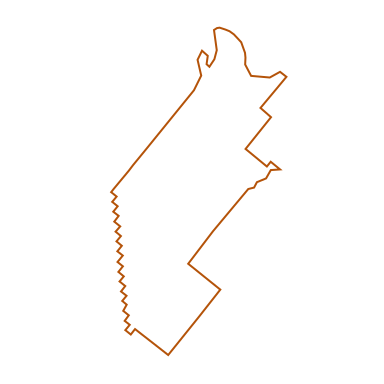 the district of Perry, Arkansas, United States of America, rotated 308°
{"feature_id": "52423323B97917914395582", "entity_name": "Perry", "entity_type": "district", "adm_level": 2, "iso_a3": "USA", "parent_name": "United States of America", "parent_adm1": "Arkansas", "projection": "orthographic", "projection_center": [-92.912, 34.944], "detail": "fine", "context": "isolated", "style": "outline", "palette": "amber", "viewbox_px": 384, "rotation_deg": 308, "n_neighbors": 0, "source": "geoboundaries", "source_scale": "gbopen_adm2", "svg_char_len": 1069}
<svg xmlns="http://www.w3.org/2000/svg" viewBox="0 0 384 384"><g transform="rotate(308 192 192)"><path d="M132.5,274.4L133.1,233.2L174.1,232.7L229.0,234.5L233.7,238.2L239.7,237.1L248.3,242.0L257.8,240.6L264.0,247.5L264.3,235.4L258.2,235.3L258.9,207.7L299.6,208.2L300.4,194.2L324.4,195.0L340.9,195.5L340.9,188.1L340.9,187.4L330.1,182.8L319.9,167.1L325.2,155.4L330.8,151.4L334.3,148.1L340.3,138.6L342.0,128.0L341.8,122.6L340.6,118.4L338.5,112.6L336.6,110.8L333.2,109.6L319.0,124.2L310.4,127.9L301.4,128.6L301.7,124.8L309.0,120.6L309.5,112.9L299.6,115.0L289.4,127.6L273.4,130.9L197.8,129.5L176.9,129.0L169.8,129.1L146.3,128.4L142.1,128.4L142.0,135.4L135.1,135.2L135.0,142.2L128.0,142.1L128.0,148.9L120.8,149.0L120.7,156.6L113.7,156.2L113.5,163.1L106.6,162.9L106.4,169.8L99.3,169.7L99.3,176.6L91.0,176.4L90.9,183.3L83.7,183.2L83.5,190.2L76.9,190.0L76.8,197.3L69.9,197.3L69.9,204.3L63.2,204.1L63.0,209.9L56.0,211.0L55.9,218.1L49.0,218.3L49.0,224.7L42.1,224.5L42.0,231.5L48.9,231.5L48.9,273.6L98.4,274.3L132.5,274.4Z" fill="none" stroke="#b45309" stroke-width="2"/></g></svg>